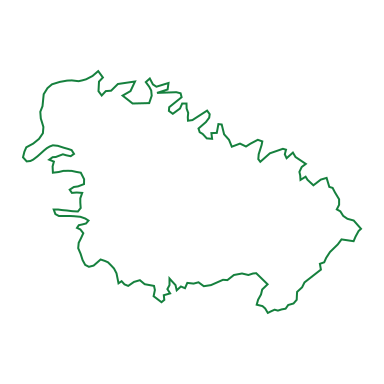 Crissiumal, Rio Grande do Sul, Brazil (Albers equal-area conic projection)
{"feature_id": "56859067B27923524578183", "entity_name": "Crissiumal", "entity_type": "district", "adm_level": 2, "iso_a3": "BRA", "parent_name": "Brazil", "parent_adm1": "Rio Grande do Sul", "projection": "albers", "projection_center": [-54.153, -27.485], "detail": "fine", "context": "isolated", "style": "outline", "palette": "green", "viewbox_px": 384, "rotation_deg": 0, "n_neighbors": 0, "source": "geoboundaries", "source_scale": "gbopen_adm2", "svg_char_len": 3047}
<svg xmlns="http://www.w3.org/2000/svg" viewBox="0 0 384 384"><path d="M292.9,152.6L286.6,158.2L284.8,154.3L286.0,149.7L282.9,148.8L269.9,153.3L260.3,161.8L258.3,159.1L258.7,154.2L261.6,145.0L262.3,141.4L257.8,139.8L250.4,143.7L246.0,146.5L240.0,143.6L231.8,146.7L229.0,139.8L224.1,134.3L221.7,124.5L218.4,124.1L216.8,132.9L211.4,133.1L212.1,138.8L206.8,138.4L202.6,133.9L199.7,132.2L198.5,128.5L205.9,122.1L209.2,117.7L209.7,114.2L207.1,110.6L192.4,120.1L188.0,120.7L187.8,117.2L188.2,112.9L186.6,108.5L186.5,103.5L182.2,103.5L180.0,108.5L172.8,113.8L168.9,110.9L169.2,107.2L181.6,97.2L180.6,93.3L176.3,92.2L157.0,92.9L167.6,89.5L168.5,83.0L156.4,86.7L152.9,84.4L149.8,78.5L145.8,82.1L149.2,86.7L151.2,90.5L151.7,95.7L149.2,103.1L132.6,103.5L122.6,95.6L130.5,91.1L135.0,81.5L117.9,84.0L111.1,90.7L105.8,91.1L101.7,95.5L98.5,91.2L99.0,81.6L102.9,77.5L98.2,71.1L92.5,76.0L86.1,79.3L82.2,80.4L78.6,81.2L71.8,80.4L67.1,80.6L59.8,81.9L52.0,84.3L47.5,88.1L43.7,94.2L42.5,106.2L40.3,111.8L40.8,118.5L42.0,122.3L43.4,127.0L42.9,133.2L39.0,138.9L33.2,143.6L26.3,147.3L24.4,151.7L23.0,157.3L26.7,161.4L30.4,161.0L33.2,159.6L37.4,156.4L41.0,153.2L44.1,150.4L46.8,148.2L49.7,146.5L52.9,145.3L57.8,145.8L63.7,147.7L68.3,149.0L71.6,150.1L74.0,153.9L70.7,156.2L66.3,155.3L62.9,154.3L59.2,155.7L55.8,157.0L52.6,157.2L49.2,159.7L53.9,161.6L52.6,166.4L52.9,172.7L58.8,172.0L63.3,170.9L68.0,170.8L71.7,170.9L76.3,171.9L80.8,172.7L84.1,179.2L84.0,184.1L78.0,186.4L73.8,187.0L69.7,189.7L71.9,192.9L76.7,192.5L82.2,192.9L80.3,198.3L80.3,202.7L80.7,208.0L77.9,211.5L72.3,211.2L67.0,210.5L62.3,210.1L57.9,209.5L53.7,209.5L55.4,214.1L58.9,216.0L65.0,216.0L70.0,216.0L73.9,216.2L80.4,216.8L85.2,218.5L88.5,220.6L86.0,223.5L82.5,224.4L78.8,225.2L77.0,227.9L80.3,229.4L83.3,233.2L81.1,238.0L78.7,242.8L78.2,248.2L80.6,253.8L82.6,260.1L85.2,264.9L88.9,266.8L93.6,265.6L97.3,262.4L100.6,259.5L104.8,260.9L108.0,262.3L111.3,265.6L114.0,268.5L116.5,273.3L118.5,283.3L121.6,281.2L124.5,284.4L128.2,285.9L134.0,281.9L139.9,280.2L144.7,284.2L154.0,285.9L154.9,290.0L153.6,296.2L161.5,302.2L164.3,299.9L163.8,295.2L167.0,294.3L170.1,293.4L167.4,289.1L169.5,285.1L169.5,278.5L171.9,281.2L175.5,285.1L176.7,290.3L180.9,286.5L185.0,288.2L187.3,282.9L193.6,283.6L198.5,282.3L203.8,286.2L211.0,285.1L223.0,279.8L227.4,280.1L233.9,275.0L242.0,273.5L248.4,275.0L253.0,273.5L256.2,273.2L267.6,284.3L262.2,289.5L261.0,294.5L258.1,299.7L256.7,304.7L262.5,306.1L265.2,308.5L267.8,312.9L271.3,311.2L274.6,309.7L277.9,310.6L281.7,309.4L285.6,308.7L288.2,305.0L293.5,303.5L296.7,299.8L296.9,295.4L297.1,291.9L302.1,287.3L304.5,282.4L320.9,269.6L319.9,263.8L324.2,262.3L326.2,257.8L330.0,252.0L334.3,247.8L337.8,244.4L341.5,239.4L353.6,241.2L355.5,236.7L358.6,231.0L361.0,228.8L353.7,220.5L347.4,218.8L343.2,215.9L340.3,211.3L336.8,209.4L339.1,204.8L339.1,199.3L334.9,192.3L332.6,187.9L329.3,186.9L326.6,177.9L320.8,179.6L313.4,185.3L307.5,179.8L305.6,176.7L300.5,179.9L300.2,175.4L299.4,171.9L301.7,167.0L305.8,163.9L295.5,157.0L292.9,152.6Z" fill="none" stroke="#15803d" stroke-width="2"/></svg>